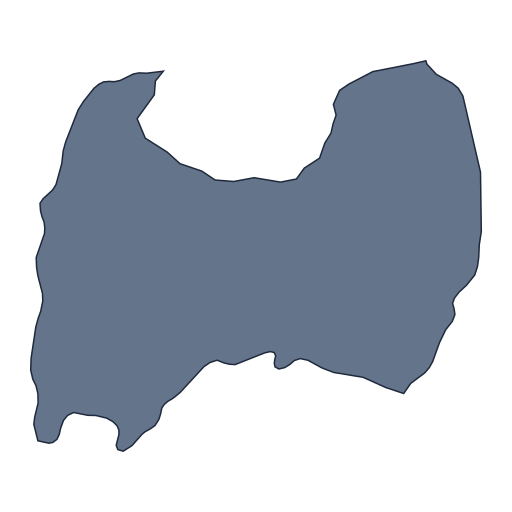 Toyama, Robinson projection
{"feature_id": "JPN-1846", "entity_name": "Toyama", "entity_type": "Prefecture", "adm_level": 1, "iso_a3": "JPN", "parent_name": "Japan", "parent_adm1": "", "projection": "robinson", "projection_center": [137.15, 36.624], "detail": "fine", "context": "isolated", "style": "filled", "palette": "slate", "viewbox_px": 512, "rotation_deg": 0, "n_neighbors": 0, "source": "natural_earth", "source_scale": "10m", "svg_char_len": 1805}
<svg xmlns="http://www.w3.org/2000/svg" viewBox="0 0 512 512"><path d="M163.3,71.2L155.4,81.0L154.3,94.8L137.1,118.7L145.3,138.2L167.2,152.1L180.0,163.7L201.8,171.1L215.1,180.0L233.7,181.5L254.1,177.7L280.5,182.1L296.4,179.0L304.3,168.1L319.6,158.1L324.8,143.1L331.0,133.1L333.1,123.7L336.1,115.2L333.4,104.3L339.6,90.4L349.0,84.0L372.8,71.6L413.1,63.7L425.9,60.8L426.9,64.1L436.4,74.4L452.2,83.2L458.2,88.2L462.9,96.0L480.5,172.2L481.3,231.6L479.3,244.6L478.7,257.6L477.4,266.8L474.7,275.1L466.5,285.2L459.1,292.1L454.5,298.0L452.6,303.3L454.2,309.3L454.9,314.6L452.3,321.4L445.8,329.6L439.5,342.6L432.7,361.5L429.3,367.6L424.6,373.0L410.7,383.4L403.7,393.5L385.7,387.5L363.1,377.3L333.9,372.5L321.9,367.9L307.8,360.2L300.2,358.6L294.4,360.5L289.8,364.5L284.7,367.6L278.8,369.0L275.0,366.8L274.3,363.4L274.7,359.9L275.7,355.9L274.2,352.5L270.2,351.6L264.6,352.9L235.1,364.6L229.3,364.2L223.9,362.9L217.1,360.2L210.0,362.5L203.9,366.7L180.2,392.4L173.5,397.9L167.6,401.5L164.1,404.6L161.8,408.1L160.6,413.9L158.9,419.4L155.0,425.5L150.4,428.8L145.0,431.8L141.9,434.4L132.0,445.6L123.2,451.2L117.8,449.6L116.2,445.2L118.9,434.6L118.9,430.1L117.1,425.8L112.9,421.6L106.6,418.1L95.9,415.5L87.8,415.3L73.6,412.5L67.6,415.4L63.5,420.4L60.7,428.0L59.2,434.6L56.9,439.4L52.9,442.4L48.9,443.2L37.9,440.8L33.8,424.3L34.7,417.1L38.1,403.1L37.9,393.7L36.0,385.7L32.8,379.2L30.7,370.1L31.1,358.3L35.8,327.0L38.3,317.9L40.7,311.3L42.8,300.9L42.5,293.6L37.9,275.8L36.6,267.6L36.2,257.5L44.5,233.5L44.8,227.7L44.1,222.2L41.9,216.4L40.5,210.6L40.0,203.3L43.2,198.6L52.5,190.1L56.0,184.6L61.8,163.5L63.2,150.9L65.7,141.8L78.2,109.8L83.6,101.3L94.0,88.3L98.9,84.2L103.6,81.9L109.1,81.4L114.3,81.7L120.1,80.5L133.3,74.0L138.9,72.9L146.8,73.2L162.5,71.3L163.3,71.2Z" fill="#64748b" stroke="#1e293b" stroke-width="1.5"/></svg>